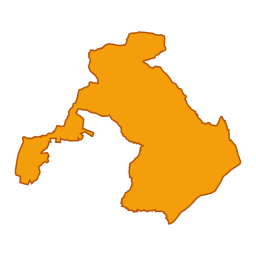 Risaralda, Caldas, Colombia
{"feature_id": "7082276B60229328321476", "entity_name": "Risaralda", "entity_type": "district", "adm_level": 2, "iso_a3": "COL", "parent_name": "Colombia", "parent_adm1": "Caldas", "projection": "mercator", "projection_center": [-75.767, 5.114], "detail": "fine", "context": "isolated", "style": "filled", "palette": "amber", "viewbox_px": 256, "rotation_deg": 0, "n_neighbors": 0, "source": "geoboundaries", "source_scale": "gbopen_adm2", "svg_char_len": 5819}
<svg xmlns="http://www.w3.org/2000/svg" viewBox="0 0 256 256"><path d="M65.7,120.2L64.4,125.5L62.5,126.4L60.7,126.4L58.3,125.8L56.8,125.9L55.7,129.1L54.5,131.2L53.6,131.3L53.6,132.1L53.1,132.2L53.1,132.6L50.8,133.6L49.7,133.2L48.8,133.4L47.4,134.2L46.0,135.7L42.2,135.4L41.8,135.8L41.3,137.0L40.8,136.9L40.2,136.3L38.1,137.1L37.4,137.1L36.4,136.7L35.0,137.0L34.6,136.8L34.4,137.3L33.4,137.3L32.4,138.2L30.7,138.5L29.6,138.1L29.0,138.4L26.5,138.0L24.9,136.9L22.9,137.2L22.8,139.0L23.4,141.9L18.5,153.4L17.4,158.3L15.5,170.3L15.4,172.3L15.8,174.1L16.2,175.0L20.4,176.4L19.9,182.4L23.9,183.7L28.0,184.6L29.7,180.4L31.7,183.6L34.0,181.3L34.3,180.6L35.1,180.3L35.8,180.5L37.1,179.5L38.1,176.3L39.9,172.9L39.5,169.6L38.5,167.8L38.7,167.4L39.5,166.3L41.3,165.0L42.2,163.8L43.3,163.3L43.7,162.2L45.1,161.6L46.7,162.7L48.6,161.5L47.4,158.4L48.2,157.7L48.0,156.6L49.0,156.2L48.3,154.4L47.1,152.8L42.9,153.3L41.1,153.1L43.2,150.3L43.8,150.5L45.7,148.7L47.3,147.8L47.6,146.4L48.6,144.4L48.9,141.8L50.8,142.1L50.1,138.5L56.2,138.3L55.7,142.2L60.4,142.4L60.7,138.5L63.8,139.9L64.8,140.0L66.3,139.7L68.6,140.5L70.2,140.8L78.4,140.6L78.3,138.3L79.6,139.8L80.7,139.7L81.8,139.0L82.5,138.1L83.1,135.6L80.4,133.7L81.6,133.0L82.4,133.1L84.7,131.6L91.8,136.2L92.6,136.2L93.5,133.5L93.5,132.6L89.6,131.3L89.0,130.7L87.6,130.7L85.9,129.6L83.5,128.7L82.7,128.7L83.7,119.4L82.8,118.3L81.0,116.7L79.8,115.8L77.6,114.6L76.0,112.4L76.7,112.1L77.4,110.2L78.0,109.7L77.9,109.2L79.3,108.9L82.4,109.8L84.7,109.8L87.1,110.3L88.0,110.6L90.0,112.0L93.8,113.0L96.2,113.3L100.3,115.4L102.8,116.3L107.7,116.0L109.4,115.2L111.9,119.3L116.9,122.5L119.7,126.3L121.1,127.1L120.9,127.9L121.3,129.1L121.3,132.3L122.5,133.3L122.5,134.3L123.2,134.7L123.2,135.8L125.3,136.9L126.0,137.7L126.4,138.9L126.8,139.3L128.8,140.3L129.6,141.6L130.2,141.7L131.3,141.2L132.9,142.7L133.4,142.7L133.9,142.2L134.5,143.1L135.4,142.5L136.4,142.9L136.9,143.7L137.9,143.3L138.3,143.6L138.7,143.2L139.7,144.3L141.1,144.6L141.5,145.3L143.1,145.8L142.8,146.0L141.7,145.8L140.4,148.0L140.4,148.4L140.8,149.0L140.5,149.6L140.6,150.1L139.9,150.4L139.8,152.2L138.7,155.5L136.8,157.7L135.4,158.5L133.4,161.3L130.4,163.1L129.8,164.1L129.7,166.1L129.3,167.6L129.5,169.0L129.1,171.8L129.6,175.4L129.6,177.0L129.9,177.5L131.4,177.5L132.0,178.3L131.5,178.8L131.4,179.7L131.6,181.5L132.0,182.1L132.2,183.6L131.5,185.7L131.6,186.5L131.0,187.0L130.5,189.1L129.4,190.3L127.4,191.5L126.8,192.5L125.3,192.9L124.9,194.6L124.0,196.0L124.1,196.9L123.4,197.2L123.1,197.9L121.8,198.8L121.7,199.3L122.1,200.5L121.9,200.9L121.4,201.1L121.6,202.5L120.9,203.2L122.6,204.5L122.7,205.0L121.9,206.1L124.5,206.9L125.2,207.3L126.0,208.3L126.8,208.0L127.9,208.8L127.6,209.2L128.4,210.4L130.0,209.9L132.1,210.7L132.8,210.6L133.3,211.8L134.2,211.3L134.8,211.8L135.1,211.6L135.7,211.7L136.1,211.4L137.3,211.6L137.2,211.1L136.5,210.5L137.4,209.6L138.3,209.8L138.9,210.6L139.8,210.6L140.5,211.2L141.0,210.9L143.2,210.6L144.1,209.7L145.1,210.9L146.5,210.8L147.3,211.7L148.3,210.9L149.2,210.9L149.7,210.6L150.2,210.5L152.3,211.0L153.6,210.0L155.1,209.7L155.3,209.9L155.1,210.9L156.0,211.7L158.5,211.1L159.9,211.6L161.4,211.2L163.1,212.0L164.3,212.2L164.2,213.4L165.7,214.1L166.2,215.5L166.9,216.2L166.6,216.9L165.9,217.4L165.9,218.1L166.3,218.6L167.6,219.3L167.6,220.4L168.4,221.0L168.4,222.4L169.1,224.0L171.9,222.8L173.3,222.0L175.7,219.3L180.5,212.9L181.7,211.7L184.5,210.1L187.4,207.8L192.2,203.3L195.4,199.5L197.8,197.4L200.5,195.6L202.0,195.1L203.4,195.0L208.3,193.9L211.2,193.1L215.2,190.8L221.1,181.2L223.1,176.7L229.0,171.9L230.6,170.1L239.9,164.0L240.6,161.8L237.9,154.3L236.8,149.7L235.4,145.5L231.6,141.1L231.0,140.1L230.0,140.4L229.3,138.6L229.0,137.0L229.1,135.6L228.8,129.8L227.9,130.0L227.2,128.3L226.9,126.2L226.2,125.7L226.4,124.5L226.2,123.9L225.9,123.2L224.8,122.5L225.2,120.8L224.1,120.5L223.9,120.0L223.1,119.7L222.1,117.0L221.3,116.6L220.9,116.8L220.0,118.4L218.6,122.3L216.7,125.5L215.8,125.7L211.7,125.0L210.3,123.9L209.2,122.6L206.7,123.2L205.8,124.1L203.3,122.9L202.1,122.8L202.0,121.7L201.4,120.7L199.8,119.0L199.0,118.7L197.8,117.3L196.9,115.4L197.6,115.3L196.8,113.7L196.1,113.6L196.1,113.8L195.7,113.3L195.9,113.2L195.1,111.7L195.4,111.4L193.1,110.3L190.8,108.8L190.2,107.3L189.1,106.8L186.4,102.8L186.4,101.4L186.2,100.9L185.0,99.4L184.6,98.6L185.8,97.9L186.3,96.2L183.7,94.5L182.1,91.5L181.9,90.3L181.4,89.3L178.9,88.5L177.6,87.2L175.9,84.1L171.7,81.9L170.9,79.9L167.3,75.1L162.1,70.2L160.6,67.4L159.7,66.9L159.1,66.8L158.3,67.0L156.3,66.3L154.5,66.6L153.0,68.2L152.0,67.7L149.9,67.3L148.7,65.7L147.3,64.2L145.1,63.1L143.3,61.7L143.1,61.2L143.8,60.8L148.0,59.8L152.3,58.2L153.8,58.2L154.4,57.9L155.9,55.5L156.3,55.1L158.2,54.6L158.9,54.2L160.7,51.8L161.7,52.0L161.8,51.7L165.3,50.0L165.7,48.5L165.6,47.9L164.3,45.3L164.2,44.1L164.5,43.2L164.3,42.7L164.7,38.7L164.4,36.4L164.2,36.0L162.7,35.6L161.2,34.8L158.5,35.2L154.5,34.4L152.6,33.3L149.9,33.2L149.4,32.9L148.2,33.1L146.7,32.6L143.4,32.3L141.5,32.4L139.7,32.0L138.7,32.1L136.9,32.9L131.4,33.2L129.1,34.2L127.8,37.9L126.6,39.2L127.0,40.9L126.1,43.3L125.1,44.6L124.3,45.0L123.9,44.8L122.3,45.4L119.3,45.5L114.8,44.9L113.1,44.2L111.5,44.3L109.7,43.9L108.0,44.0L105.4,45.0L104.8,45.9L103.8,46.4L103.7,46.9L102.8,47.4L102.2,48.3L101.0,48.1L100.1,48.3L99.9,48.9L97.5,49.0L97.0,49.7L95.6,50.5L94.5,50.7L93.8,50.7L93.0,50.1L92.5,50.4L90.6,50.1L90.4,50.3L90.2,52.1L88.7,53.2L89.0,55.7L88.8,57.1L90.4,59.3L90.4,60.1L88.7,66.4L89.1,68.3L90.6,71.4L95.8,75.9L96.8,77.9L97.9,79.0L98.1,83.3L97.2,83.1L96.1,83.2L94.8,82.8L93.5,83.2L90.8,82.0L90.2,82.1L89.5,82.5L89.2,83.0L89.2,85.0L87.1,87.0L86.0,87.1L83.9,87.9L80.6,89.7L79.3,89.6L78.4,92.2L77.5,96.9L75.6,102.9L73.4,103.6L72.7,106.7L72.1,107.6L71.2,108.1L69.4,110.2L68.7,112.8L69.0,115.3L67.8,116.3L67.4,116.8L67.4,118.6L66.6,119.1L65.7,120.2Z" fill="#f59e0b" stroke="#b45309" stroke-width="1.5"/></svg>